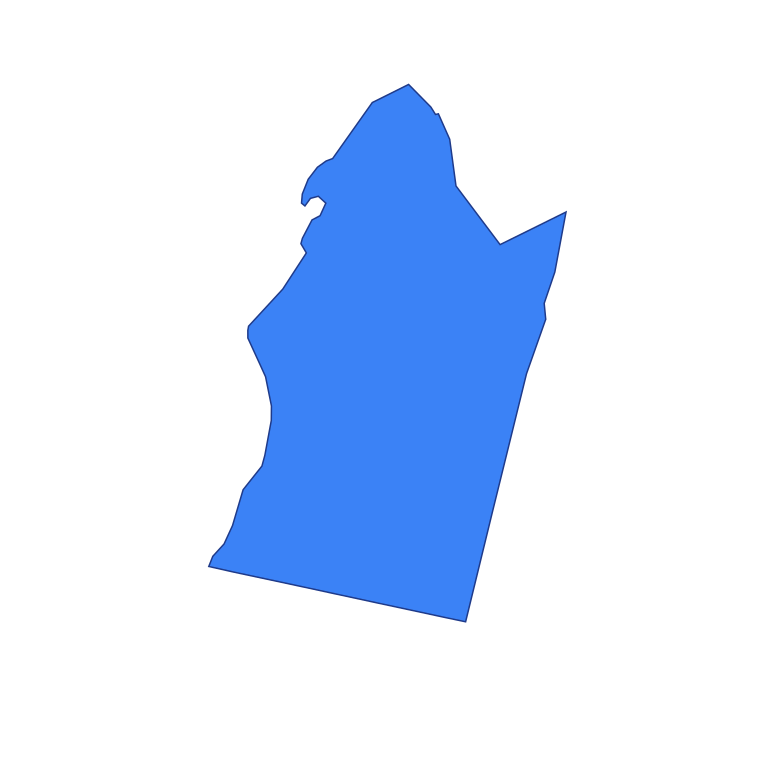 Arlington, Virginia, United States of America (Equal Earth projection), rotated 238°
{"feature_id": "52423323B5979795321834", "entity_name": "Arlington", "entity_type": "district", "adm_level": 2, "iso_a3": "USA", "parent_name": "United States of America", "parent_adm1": "Virginia", "projection": "equal_earth", "projection_center": [-77.083, 38.881], "detail": "fine", "context": "isolated", "style": "filled", "palette": "blue", "viewbox_px": 768, "rotation_deg": 238, "n_neighbors": 0, "source": "geoboundaries", "source_scale": "gbopen_adm2", "svg_char_len": 831}
<svg xmlns="http://www.w3.org/2000/svg" viewBox="0 0 768 768"><g transform="rotate(238 384 384)"><path d="M217.7,407.8L259.8,451.2L317.2,510.3L353.3,555.6L353.7,555.7L367.5,562.6L388.4,588.2L433.4,629.5L440.7,556.3L513.8,550.0L556.7,569.4L584.3,573.3L585.3,570.5L594.0,570.5L625.0,563.6L628.9,523.2L628.2,521.6L602.4,459.9L603.8,453.0L603.1,442.4L597.8,428.2L588.4,415.4L587.9,415.0L581.1,409.9L576.9,411.3L580.4,420.0L578.0,427.8L568.2,430.5L560.6,419.0L561.3,409.9L550.8,392.0L547.0,387.9L536.3,387.6L518.1,348.4L504.8,299.8L501.7,297.0L495.1,292.9L466.3,289.2L452.9,287.4L425.0,276.9L412.8,269.1L386.7,245.2L379.1,237.0L369.0,208.5L344.2,180.5L333.1,163.6L328.6,147.5L322.1,138.7L304.3,156.7L253.6,209.1L231.4,231.9L200.9,263.3L153.6,312.1L139.1,327.2L217.7,407.8Z" fill="#3b82f6" stroke="#1e3a8a" stroke-width="1.5"/></g></svg>